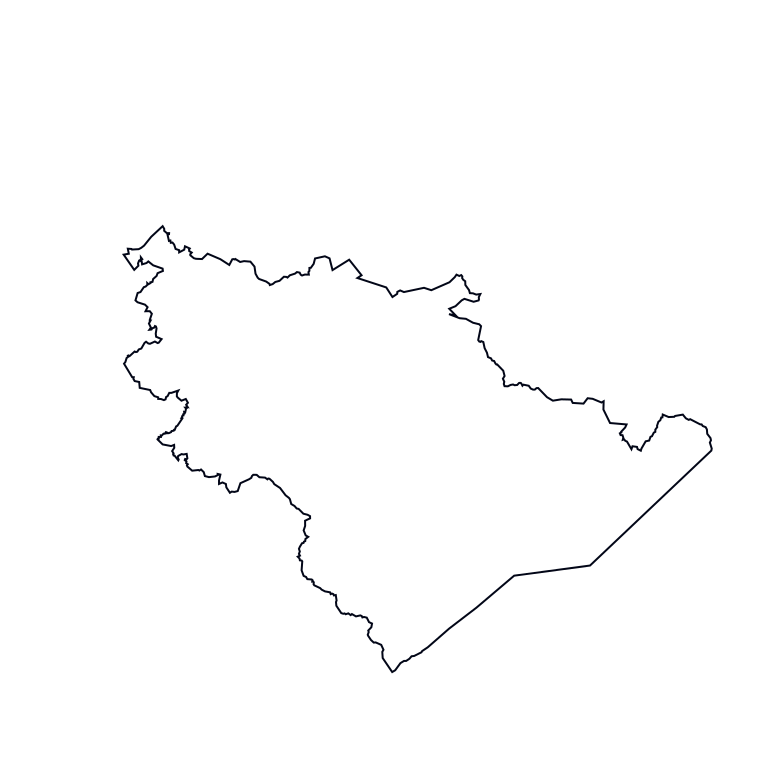 the district of Jiménez del Teul, Zacatecas, Mexico, rotated 226°
{"feature_id": "50627088B83504179997220", "entity_name": "Jiménez del Teul", "entity_type": "district", "adm_level": 2, "iso_a3": "MEX", "parent_name": "Mexico", "parent_adm1": "Zacatecas", "projection": "mercator", "projection_center": [-103.888, 23.148], "detail": "fine", "context": "isolated", "style": "outline", "palette": "ink", "viewbox_px": 768, "rotation_deg": 226, "n_neighbors": 0, "source": "geoboundaries", "source_scale": "gbopen_adm2", "svg_char_len": 6166}
<svg xmlns="http://www.w3.org/2000/svg" viewBox="0 0 768 768"><g transform="rotate(226 384 384)"><path d="M110.3,406.1L108.7,573.2L109.9,574.9L115.5,577.7L116.4,580.1L118.3,581.3L123.6,581.9L127.0,584.7L129.5,585.4L132.4,584.1L134.3,584.4L135.3,583.4L146.0,579.8L146.5,578.3L149.6,577.3L154.4,577.7L158.8,571.2L158.8,570.0L162.5,565.8L168.4,563.3L166.6,561.1L167.3,560.1L166.0,557.6L166.2,555.1L164.3,551.4L163.2,550.6L162.7,547.5L161.1,545.9L161.6,544.3L160.3,540.5L160.9,539.0L159.1,535.5L161.0,532.4L158.7,524.3L157.6,522.4L161.0,521.2L163.0,522.3L166.6,519.5L165.2,516.7L173.8,518.8L175.5,518.1L177.4,518.3L178.0,517.0L179.2,518.9L181.5,520.0L182.9,518.7L184.7,519.4L184.3,521.1L184.9,521.4L185.2,527.3L186.4,530.4L198.9,519.5L213.2,524.1L219.0,530.0L219.6,527.6L228.4,523.8L232.3,520.6L231.3,513.9L239.3,506.6L242.8,507.8L249.8,500.9L254.7,493.9L261.3,492.1L274.0,492.1L275.1,490.8L275.2,488.6L276.5,487.3L278.8,486.4L282.2,486.9L286.7,483.8L286.6,482.4L289.3,483.2L290.3,482.7L290.9,481.9L290.8,479.1L292.4,477.1L294.0,476.5L295.4,474.4L296.3,471.5L298.7,469.2L300.8,470.2L302.1,472.1L305.2,473.2L306.0,476.3L310.7,479.0L319.5,479.0L319.9,478.4L321.3,478.4L324.0,479.2L325.8,478.1L328.1,478.8L331.1,477.5L335.0,479.8L339.9,481.3L345.2,484.6L347.3,483.7L347.3,482.6L348.4,482.0L350.2,482.3L358.2,494.0L360.8,494.0L366.2,490.6L374.0,488.2L378.8,484.1L389.1,479.3L383.6,483.2L392.8,483.2L390.3,489.5L390.2,498.0L389.4,501.0L380.9,505.6L378.4,510.1L378.9,511.1L380.6,512.5L381.8,515.8L384.3,512.4L387.4,511.0L389.7,508.9L392.5,510.4L398.7,511.3L401.5,513.8L404.0,513.4L405.9,513.8L407.0,515.1L408.7,515.2L409.4,513.2L412.3,512.1L411.7,509.1L411.7,501.8L418.6,483.2L425.4,479.6L436.3,462.2L440.1,460.6L441.0,457.6L439.7,456.1L440.7,450.5L451.9,452.7L478.7,438.5L477.8,443.4L497.6,445.3L501.7,426.1L512.2,432.1L516.9,430.2L522.2,421.6L519.3,416.9L518.4,412.1L519.3,411.0L517.2,408.9L517.0,407.4L514.9,405.9L517.7,403.1L519.0,400.4L520.5,400.0L522.7,400.7L525.0,399.1L525.2,396.7L527.6,391.8L527.6,388.5L528.8,388.2L530.7,386.5L530.8,380.5L532.9,376.7L533.2,373.3L534.5,370.6L535.6,371.2L539.6,370.4L546.3,367.1L548.2,367.0L552.6,368.2L558.4,372.4L564.8,372.9L569.6,368.7L571.7,365.3L577.2,363.9L577.2,363.2L578.4,362.5L579.1,361.5L577.1,355.4L587.4,353.0L600.3,347.6L600.3,339.9L604.7,335.7L606.6,334.6L611.1,334.1L611.9,334.7L612.1,337.0L614.8,336.2L616.2,337.2L616.4,338.4L621.3,336.5L619.4,333.6L621.0,328.1L622.6,329.6L625.9,327.9L630.1,329.9L632.7,330.1L633.7,328.7L635.6,330.0L636.3,328.7L641.8,332.0L641.1,333.4L641.8,334.2L643.4,332.6L646.9,332.3L648.3,333.7L651.3,334.4L651.6,318.8L650.2,307.5L650.6,303.9L651.4,301.2L655.8,296.1L656.5,296.2L659.3,293.7L655.0,290.9L657.9,286.6L639.6,283.6L639.7,289.5L641.6,290.8L642.9,293.6L642.4,295.6L644.0,297.1L641.6,296.8L641.6,294.4L640.1,294.6L638.1,293.1L636.0,297.2L635.9,299.6L629.7,300.4L620.8,304.9L618.9,303.5L621.0,298.1L619.7,295.5L619.9,290.9L618.3,288.4L619.4,286.7L618.8,286.2L619.4,283.9L621.0,283.8L619.7,282.7L619.7,280.2L620.5,278.5L619.3,272.7L620.6,270.0L616.8,263.3L614.0,263.5L607.1,267.2L603.5,267.3L602.0,263.0L599.1,266.1L595.8,265.8L592.8,260.0L592.3,259.5L591.8,260.1L590.8,256.9L586.5,255.5L586.0,252.9L584.7,254.6L585.1,256.0L584.2,257.9L584.8,259.5L583.8,259.9L582.0,259.0L578.8,254.8L576.3,252.9L570.8,255.2L570.2,250.7L570.7,249.6L573.7,248.7L575.5,243.6L576.9,242.6L579.7,242.2L579.9,240.3L578.1,234.1L579.2,231.6L578.6,229.0L579.3,227.7L580.6,227.2L580.8,220.3L582.1,220.0L582.3,219.3L581.3,218.6L581.5,216.9L579.5,213.3L579.2,211.1L563.9,207.6L562.7,208.7L561.8,207.3L559.3,206.7L555.5,209.3L550.9,205.6L542.1,211.6L539.9,210.7L534.8,210.4L531.3,212.3L530.1,211.2L528.2,213.1L525.3,214.5L524.7,216.2L526.0,218.2L525.6,219.9L526.8,223.4L525.3,224.9L522.2,231.5L521.3,228.7L519.0,226.4L517.6,226.2L512.7,226.7L510.9,231.0L506.7,229.9L506.5,227.3L504.1,226.8L504.8,226.4L503.8,225.8L505.0,224.6L503.8,224.5L501.7,221.3L502.7,220.8L501.3,219.7L501.7,218.5L500.7,217.9L501.2,216.9L500.5,215.5L499.7,215.4L500.0,214.4L499.2,214.4L497.5,206.3L497.9,205.0L496.4,201.6L496.9,201.1L496.5,200.3L497.7,198.5L497.3,197.4L498.1,195.1L499.5,193.5L499.8,194.2L500.9,193.7L500.5,191.8L501.4,190.9L501.3,188.1L502.0,187.7L500.9,186.7L502.4,185.2L501.2,184.1L501.8,183.3L501.5,182.6L494.3,182.8L487.2,187.8L486.0,190.7L483.8,188.8L482.9,185.0L480.3,184.5L480.1,183.6L478.7,183.0L478.1,183.6L472.0,183.0L472.3,183.8L474.5,184.6L475.2,186.0L474.2,189.7L472.6,190.8L470.8,193.5L467.1,190.9L467.0,189.7L468.2,188.9L467.7,187.8L465.5,188.1L464.5,186.7L462.6,187.1L462.4,185.7L461.2,185.2L454.9,185.8L451.1,190.7L450.0,191.1L449.6,193.0L445.8,193.1L442.2,191.2L438.6,193.4L434.9,198.2L433.9,201.3L434.8,201.9L432.5,203.4L429.2,198.3L426.7,195.9L425.4,199.4L421.9,200.8L419.2,198.8L412.8,197.6L412.4,199.7L410.2,201.5L408.6,204.4L412.4,211.8L409.2,220.8L408.7,223.4L409.5,225.0L409.5,226.9L407.1,229.3L403.5,229.6L399.3,233.4L396.4,233.9L396.4,235.1L395.4,235.8L390.8,236.1L388.2,235.5L381.4,237.0L372.3,235.9L368.1,236.5L366.5,236.3L362.1,233.9L358.4,234.9L355.1,234.7L353.5,235.8L346.7,235.9L343.0,238.2L340.3,239.0L338.7,237.5L340.5,232.3L336.7,228.7L334.5,224.5L329.5,222.5L326.7,223.3L327.1,219.8L325.7,218.2L326.2,216.9L325.6,215.7L326.4,214.4L325.4,210.5L324.5,208.3L322.0,207.1L320.9,204.8L318.9,204.3L319.7,202.0L317.1,202.0L315.6,201.0L314.2,202.1L313.2,202.0L307.2,195.3L301.8,192.9L299.3,193.9L296.9,193.3L293.6,196.2L292.6,196.3L291.7,195.1L291.0,195.9L290.1,195.7L288.8,194.2L287.6,194.0L281.5,196.3L279.4,196.3L275.8,197.5L271.6,200.5L269.9,199.7L269.4,201.0L268.0,201.6L266.7,201.1L265.7,202.7L261.2,199.5L260.5,198.0L257.6,195.7L248.9,194.1L247.0,195.1L246.3,196.3L245.0,196.5L243.8,199.0L240.9,199.5L240.8,201.1L236.3,202.4L234.0,206.2L232.6,206.8L231.1,206.3L230.3,207.8L227.9,209.3L223.1,207.8L220.0,209.0L217.8,205.9L217.6,201.4L216.2,200.7L214.9,198.1L213.9,197.7L209.0,196.8L205.1,197.0L203.9,198.5L198.3,200.8L193.2,199.0L192.5,196.7L187.8,192.7L171.1,189.8L170.3,193.2L171.8,201.9L170.9,206.0L169.4,207.6L168.7,211.4L169.0,214.7L167.4,216.8L165.0,224.6L165.4,225.9L164.2,232.6L162.8,260.9L158.9,295.1L155.7,344.5L110.3,406.1Z" fill="none" stroke="#020617" stroke-width="2"/></g></svg>